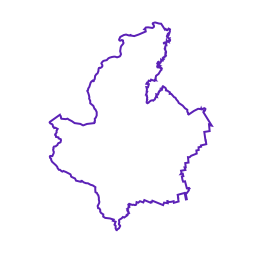 Tepetzintla, Veracruz, Mexico (Albers equal-area conic projection), rotated 258°
{"feature_id": "50627088B67284311995984", "entity_name": "Tepetzintla", "entity_type": "district", "adm_level": 2, "iso_a3": "MEX", "parent_name": "Mexico", "parent_adm1": "Veracruz", "projection": "albers", "projection_center": [-97.847, 21.151], "detail": "fine", "context": "isolated", "style": "outline", "palette": "violet", "viewbox_px": 256, "rotation_deg": 258, "n_neighbors": 0, "source": "geoboundaries", "source_scale": "gbopen_adm2", "svg_char_len": 5862}
<svg xmlns="http://www.w3.org/2000/svg" viewBox="0 0 256 256"><g transform="rotate(258 128 128)"><path d="M155.1,64.1L150.2,52.8L149.6,52.5L148.6,53.0L147.5,54.6L146.6,55.0L144.8,54.9L144.0,55.8L143.3,55.8L143.3,57.1L141.7,59.0L140.1,57.5L138.5,57.3L136.9,55.4L136.3,55.3L135.9,55.9L134.3,55.7L133.3,58.0L132.2,58.0L131.0,59.9L129.9,59.9L128.1,59.0L127.8,58.1L127.7,56.8L127.1,56.1L125.9,55.3L125.7,54.4L125.1,53.5L125.2,51.7L124.8,51.3L124.0,50.8L123.2,50.9L122.6,50.3L121.1,50.2L120.1,50.5L118.9,50.1L116.3,48.2L116.2,47.7L116.8,46.6L116.8,46.0L116.3,45.6L115.0,45.6L113.7,46.4L112.8,46.2L110.8,46.7L106.3,49.9L104.7,50.7L103.4,50.8L101.5,51.7L101.3,52.7L99.5,54.1L99.0,54.8L99.4,55.8L97.9,58.1L94.7,62.0L93.6,62.3L92.8,62.2L92.0,62.5L89.6,65.7L87.3,66.2L85.2,70.6L85.2,71.0L86.0,71.4L85.9,71.9L84.1,73.3L82.8,75.3L82.2,77.4L80.3,79.5L79.2,81.6L76.9,83.8L75.3,83.3L72.1,82.8L71.7,83.1L70.9,84.1L69.1,84.5L68.6,84.9L67.9,85.0L65.8,85.0L64.1,84.6L61.6,84.6L60.5,84.1L58.0,82.1L55.8,82.1L55.6,82.8L55.2,83.3L53.6,83.8L52.0,83.4L50.5,84.0L48.6,85.9L46.5,85.3L44.8,87.0L43.3,91.5L41.4,94.9L40.4,93.9L38.9,96.4L36.2,94.7L34.9,95.6L32.3,95.0L30.5,95.5L30.4,95.8L31.1,96.6L31.8,98.4L33.8,100.0L34.4,99.9L35.4,99.1L36.1,99.1L37.6,99.9L39.4,100.0L40.0,100.3L40.9,102.9L42.0,104.5L41.2,105.7L42.7,109.1L43.3,108.8L44.5,111.3L46.2,110.5L46.4,110.9L47.5,110.3L47.9,111.0L49.0,110.3L50.4,112.9L51.5,112.3L51.9,113.1L53.1,112.5L53.6,113.4L51.9,116.2L51.8,117.5L51.2,118.6L51.1,119.5L51.4,120.1L53.7,121.0L52.8,122.5L53.9,124.5L52.0,127.5L54.1,129.0L50.2,134.6L50.9,135.1L50.5,135.8L51.8,136.7L45.3,146.3L47.5,147.8L46.2,151.2L48.3,151.2L48.3,151.6L47.3,151.6L46.8,154.7L46.9,157.4L45.3,157.3L45.6,162.2L49.1,162.4L49.1,162.6L52.3,162.7L52.7,169.9L46.1,169.8L46.1,170.7L52.4,170.8L52.0,171.8L52.2,172.1L54.3,174.5L55.3,174.4L56.0,175.6L56.7,175.2L56.8,173.0L64.0,172.7L64.0,170.8L66.0,170.5L69.5,170.6L69.4,172.1L71.9,172.1L72.0,170.1L72.8,171.0L75.2,171.0L75.0,175.4L77.7,175.1L77.5,176.3L81.8,176.7L81.6,180.0L87.0,180.6L86.6,182.2L87.7,184.0L88.7,189.9L91.8,190.2L91.8,192.6L94.5,193.0L94.5,195.6L95.8,195.7L95.9,201.2L99.7,201.5L99.7,201.2L108.3,201.8L108.0,207.2L114.8,208.0L114.4,209.1L113.3,209.5L112.9,210.4L127.8,205.0L129.0,205.7L128.6,206.2L129.1,206.9L130.5,207.7L131.0,207.4L131.5,206.8L131.3,205.3L130.8,204.2L131.0,203.7L131.8,203.6L131.3,203.3L132.2,200.6L131.0,196.1L128.6,190.2L129.1,189.7L130.4,189.9L131.6,189.4L133.5,189.8L135.5,187.8L138.5,186.2L142.0,182.8L143.6,182.5L145.9,181.2L147.7,180.7L148.6,179.5L152.4,177.4L152.7,175.9L154.0,176.4L154.4,176.3L155.2,175.2L156.3,174.4L156.7,173.1L157.1,172.9L157.9,173.3L159.4,173.0L161.6,170.9L161.3,170.4L159.9,170.0L159.8,168.9L159.2,169.5L158.4,169.1L158.6,168.7L158.4,168.1L157.8,167.6L158.1,166.9L157.6,166.6L157.5,166.2L156.5,165.7L156.6,165.4L156.0,165.0L154.6,164.5L154.5,164.3L155.1,162.7L152.5,162.8L153.1,162.0L152.9,161.9L152.8,162.0L152.1,161.7L151.8,161.0L150.4,160.2L150.3,159.7L149.5,158.4L150.1,157.5L150.0,156.0L149.2,154.2L148.5,153.4L148.2,152.2L148.8,151.6L149.5,151.6L151.0,152.3L152.1,152.5L152.2,152.8L152.7,152.7L153.9,153.2L155.3,152.9L155.5,153.2L156.5,153.1L156.8,152.5L159.5,154.3L159.7,153.8L162.0,154.6L164.2,154.5L163.7,156.0L166.5,157.5L167.4,155.2L168.5,156.2L168.3,156.9L170.0,158.1L169.3,159.7L170.5,160.6L168.6,163.7L169.2,164.1L168.9,165.0L169.7,164.5L170.2,165.4L170.9,165.2L173.3,166.4L174.5,169.1L177.3,171.7L178.0,172.9L178.7,173.1L179.7,172.3L179.8,173.1L181.0,172.3L180.8,171.8L181.1,171.5L181.4,171.6L180.9,170.2L181.2,169.5L182.0,169.3L182.7,169.7L182.7,171.4L183.3,170.5L184.5,170.2L184.4,170.7L185.0,170.2L185.6,170.5L186.3,171.1L186.4,171.6L185.7,171.7L184.8,172.3L184.9,172.8L185.5,172.9L185.3,173.5L186.4,174.3L187.4,174.5L186.9,174.8L187.1,175.3L186.7,175.9L187.1,176.1L187.7,177.1L187.6,175.9L188.7,176.3L188.5,176.8L189.0,176.6L189.3,176.8L189.1,177.2L189.7,177.6L189.5,178.1L188.7,178.0L190.5,178.8L190.7,179.2L190.5,179.8L191.2,180.3L192.2,179.8L193.3,180.6L193.7,180.2L194.1,180.4L194.0,180.9L194.8,181.1L197.5,180.4L197.6,180.7L198.3,180.6L198.6,181.1L199.4,181.1L200.5,181.8L201.0,182.2L200.9,182.8L202.6,182.9L202.9,182.7L203.3,180.7L203.7,180.7L204.0,181.3L203.9,183.6L205.2,184.0L204.3,184.2L204.3,185.0L203.8,185.6L204.8,185.5L204.9,185.8L204.3,186.3L204.5,187.1L205.3,187.5L206.7,187.0L207.1,187.3L207.3,186.3L209.6,185.1L210.3,185.5L210.6,186.3L209.9,186.6L210.3,187.0L211.4,186.3L211.8,186.5L212.3,187.4L211.9,188.0L213.9,189.1L214.7,189.1L215.7,189.6L216.8,188.4L215.5,186.8L215.7,186.2L217.0,185.5L216.5,184.6L223.1,182.1L223.7,180.1L225.5,176.7L225.6,175.9L225.4,174.2L225.1,173.9L224.4,173.9L223.1,174.6L222.1,174.6L221.5,174.3L221.1,173.7L220.8,172.6L222.3,168.6L222.6,166.4L221.2,164.5L220.7,165.5L218.7,165.4L217.2,157.9L216.6,153.2L217.8,150.1L218.5,149.9L218.5,149.6L218.0,149.2L218.3,148.2L219.8,145.5L219.8,143.2L218.7,139.4L216.4,137.7L215.8,137.7L215.2,138.1L215.0,138.9L215.3,140.3L214.6,141.3L213.5,141.1L212.1,141.3L211.3,140.7L209.8,138.7L208.5,137.7L204.8,136.3L201.7,136.5L200.4,135.6L199.8,134.9L199.6,134.0L199.4,132.0L200.4,130.3L200.7,129.0L200.8,127.0L200.6,124.8L200.3,123.4L198.8,121.3L198.8,118.4L198.5,117.4L197.4,115.9L196.7,115.4L194.8,116.0L193.7,115.7L192.9,114.8L192.5,113.4L192.8,112.9L192.7,112.0L191.9,111.5L189.7,110.8L187.7,109.5L187.2,108.2L185.8,106.7L182.8,105.6L181.6,104.4L181.0,104.2L181.0,103.7L181.7,103.3L181.0,101.8L180.0,100.8L176.2,98.7L174.9,97.3L173.4,96.8L173.0,96.0L172.5,95.9L171.3,96.3L168.4,96.6L166.2,96.6L164.8,96.1L162.5,96.7L160.0,96.2L156.9,98.7L154.4,99.1L153.6,99.3L153.1,99.9L150.1,100.7L146.8,100.0L144.9,98.7L143.9,97.4L142.0,97.2L141.3,96.6L140.7,96.8L139.8,96.0L140.5,88.7L139.9,84.9L140.1,84.3L141.9,82.3L143.9,76.8L146.3,74.6L148.4,72.0L149.7,70.8L149.6,69.0L150.9,64.8L151.4,64.6L153.6,64.7L154.2,64.2L155.1,64.1Z" fill="none" stroke="#5b21b6" stroke-width="2"/></g></svg>